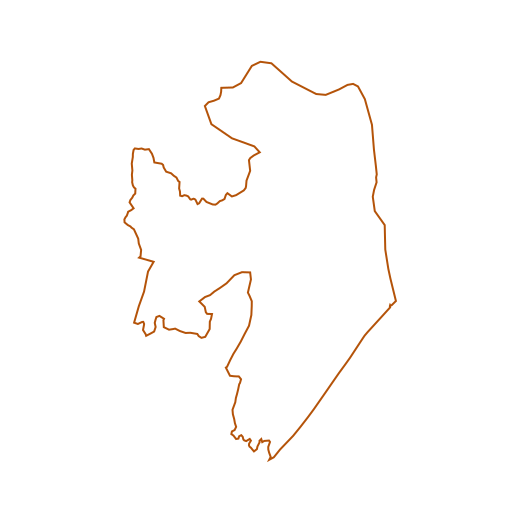 outline of Warri North, Nigeria, rotated 196°
{"feature_id": "59680162B93651715341205", "entity_name": "Warri North", "entity_type": "district", "adm_level": 2, "iso_a3": "NGA", "parent_name": "Nigeria", "parent_adm1": "", "projection": "equal_earth", "projection_center": [5.321, 5.881], "detail": "fine", "context": "isolated", "style": "outline", "palette": "amber", "viewbox_px": 512, "rotation_deg": 196, "n_neighbors": 0, "source": "geoboundaries", "source_scale": "gbopen_adm2", "svg_char_len": 3257}
<svg xmlns="http://www.w3.org/2000/svg" viewBox="0 0 512 512"><g transform="rotate(196 256 256)"><path d="M109.1,251.3L120.6,271.4L125.2,280.0L133.5,297.8L140.8,321.2L154.2,331.9L160.1,345.2L160.7,352.1L160.4,360.1L162.2,364.6L162.3,365.7L162.4,367.7L165.8,376.1L172.0,390.9L180.7,414.1L194.6,436.8L204.7,447.1L210.1,448.2L215.2,445.7L222.1,439.0L233.4,430.1L242.8,428.3L269.6,433.6L294.3,445.5L305.3,443.9L312.4,437.6L318.0,418.1L324.7,411.6L335.7,408.1L334.8,404.3L334.5,400.8L335.0,397.1L339.2,393.7L344.0,390.7L346.5,386.1L335.2,370.4L311.5,362.5L287.8,360.9L281.0,356.7L285.8,352.1L288.5,348.6L289.2,346.2L285.1,336.3L285.4,332.1L285.9,325.9L284.8,320.3L284.7,318.5L285.8,315.7L291.9,309.0L295.6,306.6L300.8,308.5L301.8,306.4L302.0,302.1L303.8,300.2L305.9,298.8L307.7,295.8L309.1,294.2L311.8,293.6L318.5,294.3L322.4,296.6L323.7,296.3L325.2,291.0L326.5,289.8L329.6,293.3L330.7,293.8L331.9,293.8L333.9,292.3L334.9,292.4L337.6,294.6L339.6,294.9L341.7,294.7L343.5,293.1L345.5,293.1L346.9,297.1L348.5,299.7L349.9,306.1L351.5,306.7L354.1,309.5L357.2,310.5L360.4,312.1L365.6,312.3L369.1,315.6L370.4,317.9L372.1,318.7L379.5,317.9L381.6,322.1L384.2,325.6L388.4,329.2L392.1,327.6L395.6,327.8L398.4,326.5L402.1,326.0L402.9,324.2L402.5,320.2L401.7,317.2L400.9,310.6L398.4,304.1L397.7,299.9L395.8,294.8L395.4,292.8L393.8,289.9L392.2,288.3L390.4,287.5L389.3,282.7L390.6,280.4L391.0,278.0L392.2,275.1L392.3,272.7L386.8,268.1L388.6,265.7L391.1,263.3L391.1,262.0L391.3,259.1L392.1,257.3L392.6,254.9L391.6,252.1L387.7,250.4L384.8,249.8L383.6,249.0L380.7,248.0L374.0,240.2L372.1,235.7L368.1,230.2L366.9,223.9L367.9,222.2L352.8,222.2L355.5,211.3L353.8,190.9L354.8,175.5L354.8,158.3L350.8,158.1L347.3,161.2L346.2,161.6L344.8,159.8L344.6,158.2L344.2,153.7L340.5,150.4L339.6,149.0L337.8,150.7L336.0,152.4L333.1,155.3L332.9,160.1L334.9,163.8L335.0,167.0L334.9,169.9L332.3,171.8L327.1,170.3L327.3,168.8L325.0,162.2L319.3,161.2L315.6,162.9L313.7,163.9L308.5,162.9L302.5,162.6L298.0,164.1L290.9,164.9L289.0,163.2L285.9,162.3L282.5,164.3L280.4,173.0L282.3,180.2L281.9,183.1L282.3,188.1L287.0,186.9L288.7,188.1L291.3,193.0L298.0,196.7L293.7,202.5L289.4,205.7L286.2,210.4L281.9,215.3L276.8,221.6L271.5,231.6L265.0,236.6L257.1,238.6L255.4,234.5L254.4,232.1L253.7,218.6L251.3,216.0L247.6,211.4L246.3,206.7L244.2,198.0L243.5,187.0L245.4,178.1L247.1,169.3L249.1,161.4L250.7,155.9L252.1,148.9L253.3,141.5L254.2,140.4L248.0,133.7L244.2,134.3L242.4,134.7L239.3,135.5L236.4,133.4L236.4,129.5L236.8,128.1L236.4,123.0L236.2,117.7L236.2,114.0L235.6,109.7L236.2,101.7L234.6,97.5L232.0,93.2L230.2,89.5L228.0,86.3L228.6,82.8L230.8,80.7L230.6,78.0L228.2,77.2L224.7,74.6L222.6,75.6L222.5,78.1L220.8,79.7L219.0,78.6L217.5,76.1L216.4,75.5L214.4,75.4L211.6,78.4L210.0,77.1L210.9,73.7L210.6,72.1L209.7,71.0L208.0,70.3L206.5,69.2L204.1,67.6L201.9,70.6L202.1,73.3L201.2,78.0L201.7,79.3L200.5,81.5L198.7,78.8L197.1,80.5L192.6,82.2L191.3,81.1L191.6,75.8L190.8,73.3L189.2,70.6L186.5,66.9L187.1,63.8L183.4,67.4L179.5,76.7L170.7,93.4L166.2,104.0L161.8,115.0L158.2,124.6L151.6,143.9L146.8,158.1L143.8,166.9L140.3,176.4L137.6,184.0L130.6,206.5L129.6,209.5L127.7,213.7L119.3,230.6L112.9,243.6L113.5,244.6L113.5,245.8L113.0,245.4L112.1,246.0L109.1,251.3Z" fill="none" stroke="#b45309" stroke-width="2"/></g></svg>